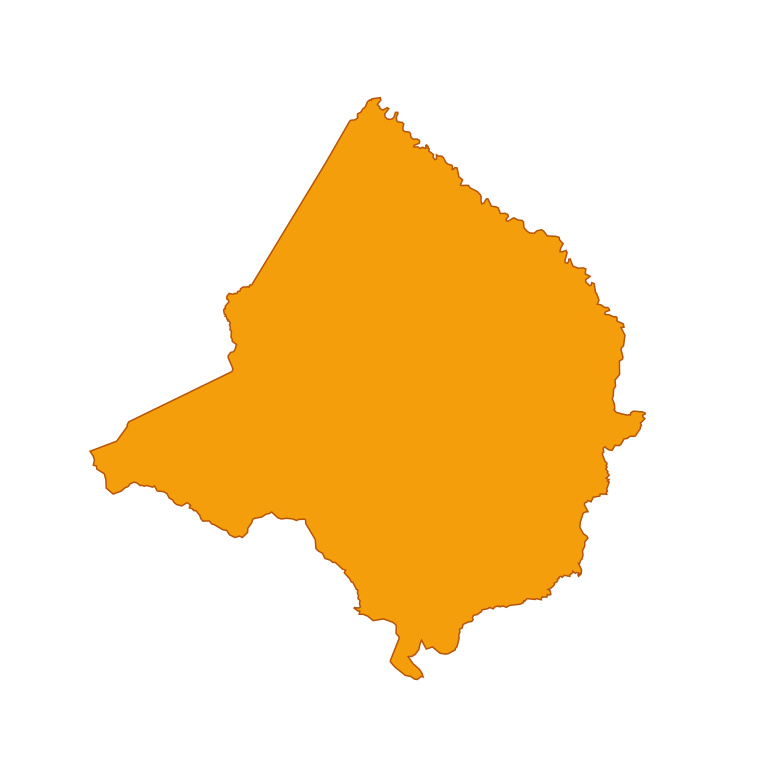 the district of Lumezi, Eastern, Zambia, rotated 108°
{"feature_id": "96606910B53587891275683", "entity_name": "Lumezi", "entity_type": "district", "adm_level": 2, "iso_a3": "ZMB", "parent_name": "Zambia", "parent_adm1": "Eastern", "projection": "orthographic", "projection_center": [32.613, -12.696], "detail": "fine", "context": "isolated", "style": "filled", "palette": "amber", "viewbox_px": 768, "rotation_deg": 108, "n_neighbors": 0, "source": "geoboundaries", "source_scale": "gbopen_adm2", "svg_char_len": 6171}
<svg xmlns="http://www.w3.org/2000/svg" viewBox="0 0 768 768"><g transform="rotate(108 384 384)"><path d="M252.9,174.9L252.1,181.9L248.9,182.9L248.3,184.2L249.2,186.6L248.6,191.0L249.5,195.4L248.1,195.9L246.5,195.3L244.3,192.2L242.6,193.6L242.2,195.1L243.0,197.8L241.7,201.9L242.1,205.8L238.3,205.4L237.1,205.9L232.4,209.6L231.5,211.1L223.6,215.1L223.4,217.7L226.3,217.6L226.9,219.2L224.4,223.8L222.3,224.4L217.9,221.2L217.0,226.6L212.1,227.7L212.0,230.1L213.8,235.0L213.5,240.8L207.5,245.6L208.3,246.8L210.8,246.3L212.5,247.0L212.6,249.1L210.6,250.1L202.5,250.4L200.7,252.2L203.3,255.4L203.7,257.6L200.2,257.9L195.2,257.0L192.7,261.5L190.4,262.8L190.5,266.3L192.7,274.5L189.2,279.4L188.6,281.9L191.0,285.8L194.2,287.8L195.3,292.0L194.6,294.9L192.0,299.3L186.7,301.4L185.8,303.3L186.6,307.3L185.8,311.9L190.7,316.3L191.1,317.9L189.6,318.7L186.1,317.5L184.6,318.6L184.2,321.4L185.9,326.0L181.3,329.7L180.9,332.1L181.7,336.8L175.8,342.4L176.4,343.9L181.3,345.0L182.5,346.7L179.2,348.7L176.1,349.3L174.2,350.9L172.1,354.7L170.9,362.5L169.0,365.2L171.4,372.2L170.6,372.9L165.5,372.3L163.9,376.7L155.9,381.3L156.3,383.4L158.6,384.6L158.9,385.6L156.1,386.0L155.0,387.0L155.1,391.3L154.2,393.5L150.4,397.4L149.5,399.5L150.4,403.2L149.8,404.9L153.9,403.7L154.9,405.1L153.1,407.5L150.5,407.7L148.6,413.3L146.3,413.7L146.1,415.1L144.8,415.1L143.5,417.3L144.2,418.0L146.5,417.0L147.2,417.5L146.9,420.6L148.9,422.4L148.0,425.0L149.3,429.0L147.7,429.1L144.2,424.9L142.6,424.9L141.3,425.8L140.8,428.2L142.2,432.0L140.8,434.8L137.6,436.2L136.6,437.8L137.5,442.0L136.9,444.1L134.5,445.3L130.6,445.5L129.6,447.5L130.5,452.0L129.3,453.5L125.8,454.8L122.8,454.2L121.4,454.9L122.1,457.1L126.3,456.9L129.0,457.8L130.7,460.4L130.8,463.1L129.5,465.7L126.7,466.7L120.7,464.5L120.2,466.3L123.9,469.9L123.3,472.9L121.8,473.8L120.1,476.8L115.0,474.7L112.8,476.0L116.5,483.6L118.2,483.9L118.0,485.1L120.5,486.9L126.3,487.4L129.0,489.2L132.9,490.2L135.1,492.6L137.5,492.1L138.2,491.2L139.5,491.6L141.8,493.3L143.5,497.2L144.8,497.9L192.1,507.9L330.4,540.4L331.6,542.4L333.4,542.2L333.7,544.4L335.0,545.6L334.8,546.8L335.7,548.5L338.1,549.9L339.8,549.6L341.2,551.6L343.5,552.0L344.0,554.2L345.3,555.2L345.7,559.2L349.1,560.5L351.6,559.9L352.5,557.6L354.0,557.0L359.0,559.0L361.4,558.2L361.5,559.0L363.1,559.4L366.8,557.5L367.2,555.9L368.6,556.0L368.3,555.2L371.2,553.0L370.9,552.3L372.3,552.0L372.1,550.6L373.6,549.0L375.5,549.3L377.4,547.7L380.0,547.3L380.7,545.5L386.9,543.9L388.0,542.4L390.3,541.5L392.0,536.5L398.1,536.4L400.0,537.4L401.4,539.7L405.5,540.9L407.5,540.0L416.3,532.3L419.2,532.5L498.9,615.1L502.1,615.6L503.9,615.1L521.0,620.6L538.8,642.8L542.1,638.6L545.7,635.9L551.0,635.4L550.9,632.3L553.7,630.7L555.8,622.3L561.0,618.9L568.9,616.0L572.3,607.5L567.0,600.7L562.8,598.3L560.7,595.7L557.4,594.6L554.5,591.4L554.5,588.2L556.0,584.5L555.2,583.3L555.3,580.5L553.9,578.5L553.6,572.2L551.9,570.8L555.8,566.6L554.5,560.3L555.4,556.4L558.8,553.1L559.6,549.2L561.6,546.9L562.7,544.0L562.5,538.8L557.9,534.7L558.0,533.2L559.3,530.3L560.7,531.1L562.0,530.9L561.9,527.6L563.3,525.9L562.5,524.1L565.7,518.7L568.5,516.8L570.4,513.9L568.2,507.9L570.3,504.7L570.3,501.8L572.4,492.4L571.9,488.3L575.1,484.5L576.1,478.5L573.3,474.4L573.8,471.3L567.4,467.9L563.3,468.9L557.2,467.0L553.4,467.0L552.0,465.9L548.3,459.1L544.1,455.8L542.7,453.1L540.4,451.4L544.1,443.6L544.1,440.0L541.8,435.0L540.6,429.4L540.8,424.9L539.1,423.1L537.0,417.7L537.8,416.5L540.9,415.3L553.2,401.3L561.5,397.9L563.1,394.9L564.0,390.3L568.1,386.3L568.2,380.7L569.5,377.7L568.7,375.3L572.9,366.3L572.8,363.0L575.9,363.4L579.9,356.3L582.4,354.0L582.2,352.4L587.8,346.8L588.0,345.3L591.0,344.7L593.2,342.9L596.1,342.5L597.4,339.9L600.6,339.4L603.2,337.5L604.9,338.8L605.7,343.0L606.4,343.2L607.9,338.7L607.4,336.9L610.7,336.4L609.5,332.8L609.8,327.7L612.4,321.2L607.6,311.9L607.9,302.1L609.2,298.7L610.2,297.6L617.6,295.4L619.8,291.6L621.4,291.0L645.1,292.5L646.4,291.9L649.8,286.2L654.5,273.8L653.9,268.1L655.2,264.1L654.8,261.1L650.9,258.4L650.6,257.4L649.7,257.4L650.1,256.6L647.8,258.1L644.5,262.0L641.0,270.0L635.8,276.8L634.4,273.2L631.6,270.8L625.8,268.8L619.5,269.5L616.1,269.1L623.0,261.9L619.1,256.6L622.8,247.5L621.8,241.7L620.4,239.3L614.8,234.1L613.5,234.4L611.3,233.4L603.1,233.9L599.0,235.4L596.5,235.1L594.1,236.5L591.8,234.2L588.2,234.5L584.2,230.2L582.8,227.2L580.6,226.4L578.6,227.8L576.2,227.3L574.6,224.2L570.6,221.2L568.4,220.8L565.5,215.7L563.9,214.6L564.1,210.6L561.6,209.6L560.1,207.0L560.3,206.1L559.5,205.3L560.0,204.7L558.3,202.2L558.6,198.6L555.7,196.1L551.5,186.7L549.2,184.1L547.3,184.1L547.3,183.3L546.8,183.7L546.4,182.8L543.9,181.6L542.2,173.7L541.1,173.0L540.6,167.7L537.9,168.1L536.3,163.2L533.6,163.6L533.8,162.2L532.7,160.3L529.5,161.9L528.7,164.5L528.1,163.3L524.5,160.9L522.2,159.9L520.9,160.6L519.0,158.6L517.3,158.1L515.8,158.7L515.1,157.6L513.1,157.6L512.3,156.3L512.8,154.7L510.3,153.5L509.5,147.8L508.1,148.2L504.8,146.1L503.8,146.5L504.9,143.6L503.9,142.6L503.5,139.4L505.7,140.6L506.8,139.5L503.8,137.9L499.8,138.6L494.5,143.7L494.2,142.5L490.8,142.5L489.4,141.6L485.5,141.8L481.1,143.7L476.3,143.0L472.3,144.2L467.5,142.5L466.0,144.2L464.8,148.1L459.8,153.4L454.7,154.6L445.6,154.7L443.7,153.3L442.4,150.5L437.0,156.0L435.2,156.4L433.6,154.6L431.8,154.1L432.1,150.7L427.0,150.0L423.9,144.1L421.7,144.4L420.1,138.0L418.7,139.0L416.8,138.4L415.4,139.7L407.6,139.6L407.3,141.5L405.5,140.4L405.0,143.7L401.1,141.6L399.6,144.1L398.3,143.9L396.2,146.9L394.0,146.2L392.9,147.6L391.7,147.1L390.3,147.6L389.1,150.0L383.3,154.6L382.0,154.8L381.0,153.9L377.4,155.7L375.3,154.4L376.4,152.9L377.2,149.3L376.4,146.5L371.0,145.3L370.0,141.5L368.5,140.1L362.0,138.7L360.7,135.9L357.4,133.7L356.7,130.3L355.6,128.8L347.4,126.5L345.4,126.9L343.8,126.3L342.0,128.0L336.4,125.2L335.3,127.7L333.7,128.3L331.8,126.3L330.9,126.6L330.7,129.9L332.8,138.6L335.1,140.4L337.3,140.1L337.1,141.0L338.5,143.0L339.3,154.0L337.5,157.3L336.3,156.8L331.9,158.7L327.7,162.2L324.0,162.3L318.5,164.0L314.5,163.1L309.0,165.5L302.1,162.9L289.4,167.2L286.8,164.9L284.6,165.0L278.1,169.2L276.2,169.3L273.7,168.0L263.2,169.9L257.0,176.1L255.8,173.3L252.9,174.9Z" fill="#f59e0b" stroke="#b45309" stroke-width="1.5"/></g></svg>